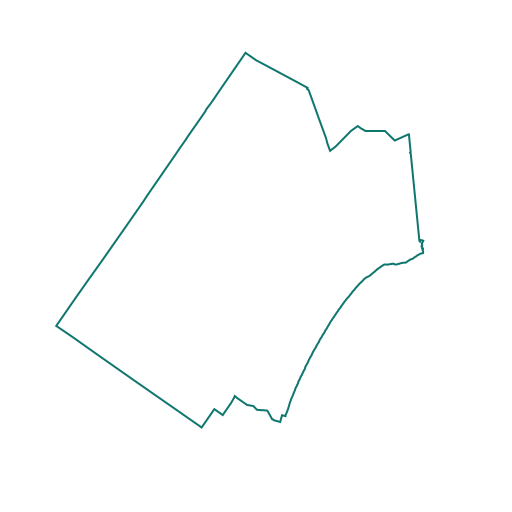 outline of Frankston, Victoria, Australia, rotated 206°
{"feature_id": "25037944B48660808239770", "entity_name": "Frankston", "entity_type": "district", "adm_level": 2, "iso_a3": "AUS", "parent_name": "Australia", "parent_adm1": "Victoria", "projection": "orthographic", "projection_center": [145.129, -38.134], "detail": "fine", "context": "isolated", "style": "outline", "palette": "teal", "viewbox_px": 512, "rotation_deg": 206, "n_neighbors": 0, "source": "geoboundaries", "source_scale": "gbopen_adm2", "svg_char_len": 5735}
<svg xmlns="http://www.w3.org/2000/svg" viewBox="0 0 512 512"><g transform="rotate(206 256 256)"><path d="M404.9,105.6L387.5,103.1L380.0,101.9L366.8,99.7L348.2,96.7L328.2,93.5L310.6,90.7L283.1,86.4L254.7,82.0L252.4,81.6L232.5,78.5L229.7,78.0L226.3,100.1L218.8,98.9L216.2,98.4L214.0,112.6L213.6,118.3L213.7,120.8L212.6,120.6L211.8,120.4L211.4,120.2L204.4,119.1L203.5,119.0L203.0,118.9L198.8,118.2L192.6,120.0L187.7,118.2L183.0,120.0L182.1,120.5L181.5,120.7L179.2,121.6L178.2,121.9L177.4,121.6L171.8,117.7L170.2,116.5L169.6,116.4L169.4,116.4L169.0,116.6L168.1,116.2L161.5,117.4L162.8,124.3L159.3,125.0L159.5,125.5L159.6,126.0L159.7,126.6L159.7,127.8L159.8,128.9L159.9,129.5L159.9,130.0L160.0,131.2L160.0,131.8L160.1,132.4L160.2,132.9L160.3,133.4L160.4,134.0L160.5,134.5L160.5,135.1L160.6,135.6L160.7,136.1L160.8,136.6L160.9,137.2L161.1,138.2L161.2,138.7L161.3,139.5L161.3,139.9L161.4,140.4L161.4,141.0L161.5,141.6L161.6,142.1L161.6,142.7L161.7,143.2L161.7,143.8L161.7,144.4L161.7,145.0L161.7,145.6L161.8,146.2L161.8,146.8L161.9,148.0L162.0,149.2L162.1,150.3L162.1,150.9L162.1,151.5L162.3,152.6L162.4,153.7L162.5,154.7L162.5,154.9L162.5,155.5L162.5,156.1L162.4,156.6L162.3,157.1L162.4,157.7L162.5,158.2L162.5,158.8L162.4,159.4L162.5,160.0L162.7,161.1L162.7,161.6L162.8,162.2L162.8,162.8L162.8,163.4L162.7,163.9L162.7,164.5L162.7,165.1L162.7,165.5L162.8,166.1L162.8,166.7L162.9,167.3L162.8,167.9L162.8,168.4L162.7,168.9L162.6,169.5L162.7,170.1L162.7,170.7L162.7,171.3L162.8,171.8L162.8,172.4L162.8,173.0L162.7,173.5L162.7,174.1L162.7,174.7L162.6,175.2L162.6,175.8L162.8,176.9L163.0,177.4L163.0,178.0L163.0,178.6L163.0,179.1L163.0,179.7L162.9,180.3L162.9,180.8L162.8,181.3L162.7,181.9L162.8,183.1L162.8,183.7L162.8,184.2L162.9,184.8L162.9,185.3L162.9,185.9L162.9,186.5L162.9,187.1L162.8,187.6L162.8,188.1L162.8,188.7L162.8,189.2L162.7,189.8L162.6,190.3L162.5,190.8L162.6,191.3L162.7,191.9L162.6,192.4L162.7,192.9L162.7,193.5L162.6,194.1L162.7,195.0L162.6,195.5L162.6,196.1L162.6,196.6L162.4,197.7L162.4,198.2L162.3,198.7L162.2,199.3L162.2,199.8L162.2,200.5L162.3,201.0L162.3,201.6L162.2,202.1L162.2,202.7L162.1,203.2L162.1,203.8L162.1,204.4L162.0,205.0L161.9,205.4L161.8,205.9L161.8,206.4L161.9,207.0L161.9,207.6L161.9,208.7L161.8,209.3L161.8,210.4L161.7,210.9L161.5,211.4L161.5,211.9L161.5,212.5L161.5,213.1L161.4,213.6L161.5,214.2L161.2,215.8L161.0,216.8L161.0,217.4L161.0,218.6L161.0,219.2L161.0,219.7L160.9,220.2L160.8,220.7L160.7,221.3L160.7,221.8L160.6,222.4L160.6,222.9L160.6,223.5L160.6,224.1L160.5,224.6L160.5,225.2L160.4,225.7L160.3,226.1L160.3,226.7L160.3,227.1L160.3,227.6L160.2,228.1L160.2,228.7L160.2,229.5L160.1,230.0L159.8,231.4L159.7,232.9L159.6,233.6L159.4,234.3L159.3,235.1L159.1,236.7L159.0,237.9L158.7,239.4L158.7,239.9L158.7,240.3L158.5,241.1L158.2,242.4L158.2,243.2L158.1,244.3L157.8,245.3L157.7,245.5L157.5,246.3L157.4,247.8L157.4,248.5L157.1,249.4L156.8,251.5L156.6,252.6L156.3,254.3L156.1,255.1L155.9,256.1L155.8,256.6L155.6,257.4L155.4,258.3L155.1,259.3L154.8,259.9L154.6,261.0L154.3,262.3L154.0,264.0L153.8,264.7L153.6,266.2L153.6,266.4L153.4,266.7L153.4,267.0L153.2,267.5L153.0,268.2L152.7,268.8L152.7,269.1L152.6,269.9L152.5,270.5L152.3,271.4L152.0,272.3L151.7,273.1L151.3,274.7L150.6,277.0L150.3,277.7L149.6,279.6L149.2,280.7L148.8,282.3L148.5,282.9L148.3,283.4L147.6,284.8L146.9,285.8L145.6,287.3L144.6,289.2L144.4,290.0L143.7,291.3L143.3,292.4L142.6,293.6L142.5,293.9L142.3,294.5L142.1,295.1L141.7,296.0L141.5,296.5L141.2,297.2L141.0,297.7L140.9,297.9L140.5,298.4L140.3,298.8L140.1,299.2L139.6,300.1L138.9,301.5L138.5,302.2L137.9,303.0L137.6,303.7L137.2,304.3L136.6,304.8L135.2,305.4L134.5,305.7L134.1,305.9L133.8,306.0L133.6,306.2L132.6,307.0L131.4,307.8L131.1,307.9L131.0,308.0L130.8,308.1L130.8,308.3L130.7,308.4L130.4,308.5L129.9,308.8L129.6,309.0L129.4,309.1L129.3,309.3L128.6,309.4L127.7,309.3L127.3,309.3L126.1,310.0L125.6,310.3L125.0,310.9L124.8,311.0L124.5,311.3L124.0,311.7L122.9,312.8L122.2,313.4L121.9,313.6L120.7,314.5L119.8,315.0L118.4,315.8L118.2,316.0L118.1,316.3L117.8,317.0L117.5,317.5L116.3,319.5L116.2,319.6L116.2,319.9L116.0,320.3L115.3,320.9L115.0,321.1L114.5,321.6L114.0,322.2L113.7,322.7L113.4,323.3L112.8,324.6L112.5,325.1L112.3,325.3L112.1,325.5L111.3,327.2L110.9,327.8L110.3,328.5L110.2,328.7L109.8,329.3L108.8,330.6L107.7,331.5L107.4,331.5L107.1,331.8L107.3,332.1L107.4,332.3L107.5,332.7L107.6,333.1L107.8,333.3L108.0,333.6L108.3,333.8L108.7,334.2L108.8,334.4L108.9,334.5L109.0,334.6L108.9,334.6L108.9,334.8L108.8,335.0L108.9,335.3L108.9,335.5L109.0,335.7L109.1,335.8L109.3,336.0L109.5,336.1L109.9,336.3L110.0,336.3L110.3,336.4L110.4,336.6L110.5,336.8L110.7,337.0L111.0,337.1L111.3,337.1L111.3,337.3L111.2,337.4L111.1,337.5L111.1,337.8L111.1,338.0L111.5,338.2L111.6,338.4L111.7,338.5L111.7,338.9L111.7,339.1L111.8,339.4L111.9,339.5L112.1,339.7L112.3,339.9L112.4,340.0L112.5,340.1L112.4,340.2L112.4,340.3L112.4,340.5L112.4,340.8L112.4,341.0L112.4,341.3L112.3,341.5L112.3,341.9L112.4,342.1L112.3,342.4L112.3,343.0L113.3,343.0L115.1,342.5L115.1,341.7L115.0,340.9L115.8,341.2L118.3,345.3L135.5,373.2L161.2,414.9L161.6,415.6L162.8,416.3L162.5,417.1L171.9,432.4L172.3,432.2L181.9,420.6L194.8,424.9L212.3,416.4L212.5,416.4L217.6,416.7L219.2,417.0L221.5,417.4L224.6,411.7L225.5,410.0L232.4,389.3L235.5,383.0L241.2,388.5L244.8,392.7L253.0,400.6L260.3,407.6L267.2,414.4L278.1,425.0L279.4,426.2L281.0,427.8L282.0,428.3L283.4,428.6L283.3,429.7L283.7,429.8L314.6,431.0L341.6,432.0L354.5,434.0L358.1,409.9L360.8,392.0L361.7,385.7L363.6,372.9L364.1,370.5L364.6,368.2L365.1,365.0L364.9,364.1L367.2,349.2L369.7,333.5L370.1,329.8L371.7,319.9L372.8,312.1L380.3,262.6L381.1,255.9L386.2,223.2L392.4,183.9L396.7,158.2L399.7,139.6L404.9,105.6Z" fill="none" stroke="#0f766e" stroke-width="2"/></g></svg>